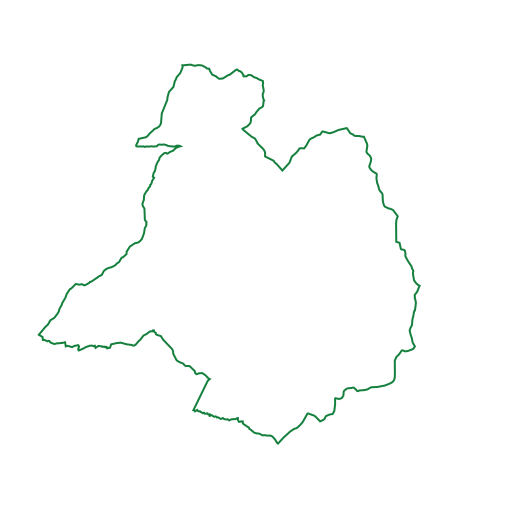 outline of Barghis, Sibiu, Romania, rotated 109°
{"feature_id": "2599482B31071590399697", "entity_name": "Barghis", "entity_type": "district", "adm_level": 2, "iso_a3": "ROU", "parent_name": "Romania", "parent_adm1": "Sibiu", "projection": "equal_earth", "projection_center": [24.511, 46.014], "detail": "fine", "context": "isolated", "style": "outline", "palette": "green", "viewbox_px": 512, "rotation_deg": 109, "n_neighbors": 0, "source": "geoboundaries", "source_scale": "gbopen_adm2", "svg_char_len": 6090}
<svg xmlns="http://www.w3.org/2000/svg" viewBox="0 0 512 512"><g transform="rotate(109 256 256)"><path d="M404.7,422.2L404.9,418.0L403.1,415.3L402.9,414.3L401.4,411.5L401.5,411.1L399.7,408.5L403.4,406.4L402.3,405.0L402.0,400.3L399.9,398.1L398.2,395.0L399.1,393.9L400.6,393.7L401.4,393.9L402.7,393.4L403.0,392.7L399.0,388.4L397.7,387.5L394.9,383.8L394.1,382.0L394.2,380.4L393.3,379.2L395.1,377.8L392.3,375.7L391.6,371.8L391.9,371.6L391.1,370.0L391.3,369.6L390.8,368.4L391.3,368.3L390.9,366.9L391.7,366.6L391.3,365.8L390.2,364.2L386.7,364.2L384.0,359.9L382.0,355.8L381.6,349.5L380.5,344.3L380.8,343.6L380.5,342.3L379.0,340.9L374.8,339.3L372.9,338.2L367.9,336.5L365.4,334.1L361.6,331.5L361.1,329.6L359.8,329.2L359.6,328.3L360.5,327.9L361.2,326.5L361.2,325.9L362.4,325.2L362.8,324.4L362.7,319.9L365.4,316.5L371.3,305.0L372.9,303.5L375.4,302.4L380.2,297.4L380.6,296.7L381.2,294.2L381.5,289.6L382.4,288.3L382.9,286.6L381.8,283.5L381.8,282.8L384.7,276.5L386.7,275.1L387.1,273.6L385.6,271.9L384.2,268.8L385.3,264.7L387.5,260.6L387.5,259.7L389.7,261.0L422.2,265.0L422.0,263.8L422.7,263.1L420.7,261.4L421.4,260.7L421.5,259.5L421.0,258.5L421.6,257.8L421.5,256.7L422.0,255.1L421.1,254.3L421.8,253.2L421.2,251.6L420.7,251.2L420.6,250.6L421.3,249.9L421.1,248.8L420.8,248.3L422.2,248.0L422.2,247.4L421.2,246.9L420.9,246.1L421.7,243.3L420.8,242.0L420.9,241.1L421.4,240.3L420.9,239.2L421.5,236.1L420.0,234.6L420.6,233.0L420.1,230.5L419.6,229.6L420.2,227.9L418.7,226.4L417.9,225.0L416.9,222.2L415.5,221.1L415.2,220.3L416.7,219.9L418.3,218.3L418.2,217.5L417.0,215.9L417.2,215.1L416.8,214.7L417.5,214.2L418.3,214.1L418.8,213.4L419.6,211.2L419.6,210.1L420.3,208.6L420.3,207.3L421.7,205.8L422.0,204.3L423.6,200.2L423.6,198.5L422.9,194.8L423.5,191.4L422.7,189.9L422.1,186.7L421.2,184.1L421.1,182.8L421.5,181.4L423.1,178.5L426.0,175.0L426.2,174.1L418.8,170.9L410.8,166.5L407.1,163.7L405.9,162.0L404.6,160.9L401.4,159.2L397.8,157.8L388.3,156.0L387.9,155.6L388.0,149.1L388.4,147.6L391.5,141.5L388.7,138.7L387.6,138.1L385.0,137.9L384.4,137.5L381.7,134.5L380.5,132.1L377.1,131.5L370.5,132.9L365.4,134.7L364.6,134.6L364.2,131.2L363.3,129.6L362.4,128.7L359.7,127.9L355.7,128.9L354.6,128.7L352.3,127.3L351.1,126.0L349.9,123.1L348.8,121.4L348.6,120.7L350.0,117.4L350.6,116.9L350.6,115.6L349.4,114.3L347.2,109.2L345.6,107.0L342.7,104.5L340.4,98.8L336.6,92.1L333.4,88.3L331.5,86.5L330.1,85.6L328.4,85.1L326.3,85.1L321.6,86.5L309.8,90.7L305.8,90.4L302.1,88.6L298.4,87.6L297.8,87.2L297.4,86.6L297.7,84.1L296.4,81.5L292.7,77.1L289.8,76.3L286.7,79.8L282.8,82.0L279.6,84.5L276.4,86.5L273.4,86.5L270.7,86.0L264.8,87.5L261.5,87.7L257.7,88.4L256.3,88.4L255.9,88.0L253.6,88.4L248.4,89.5L245.9,90.8L244.0,92.3L243.0,92.4L241.2,93.3L237.5,92.0L230.9,91.6L230.6,93.3L229.7,95.6L227.6,98.6L222.9,101.2L220.6,102.2L218.9,102.4L216.9,104.4L215.1,105.7L211.2,110.8L207.9,114.4L207.1,114.9L205.0,115.5L202.7,116.8L202.0,117.8L202.4,120.8L202.2,121.3L196.8,124.6L196.9,128.0L179.4,134.2L176.1,135.0L172.3,134.9L167.9,141.4L167.6,144.5L167.9,145.9L167.4,150.0L167.2,150.6L165.9,151.9L163.1,153.8L156.6,156.4L155.7,157.2L153.8,160.3L152.6,161.5L149.9,163.2L147.4,165.3L143.2,167.5L139.3,168.4L138.9,169.0L138.1,172.9L137.2,175.1L135.5,177.4L134.4,178.1L129.2,178.2L126.8,178.6L125.0,180.0L124.0,181.2L123.0,183.7L121.9,185.2L121.3,185.6L115.5,186.6L113.7,187.6L108.1,192.8L108.7,194.7L108.9,197.2L110.3,201.8L109.5,204.2L109.3,206.7L105.5,211.8L109.9,218.9L114.0,223.4L116.0,226.3L116.5,233.4L116.7,233.8L120.3,234.9L122.3,237.9L124.9,239.9L127.6,242.7L129.2,243.4L135.2,244.4L138.6,245.5L139.6,249.0L140.3,250.0L142.7,250.5L146.1,252.0L150.3,254.5L156.9,254.7L166.6,258.9L162.7,265.7L161.3,269.0L160.2,270.3L158.9,279.8L155.5,281.0L153.8,282.2L152.2,284.5L149.0,291.3L148.4,291.6L145.3,295.2L144.6,299.1L140.7,309.5L140.1,310.2L136.1,306.4L133.9,305.3L132.0,304.6L129.8,304.8L126.9,305.7L126.0,305.5L122.4,303.1L119.8,302.5L115.5,300.8L113.1,298.6L111.7,298.2L107.1,299.2L106.3,298.9L105.9,299.6L102.8,301.6L100.6,302.4L99.0,302.2L96.9,302.6L92.4,305.2L90.4,305.5L88.3,306.5L88.0,311.6L87.5,313.0L87.6,316.1L86.6,319.2L87.0,321.4L87.4,322.2L89.2,323.5L90.2,326.2L90.0,326.4L89.7,326.2L88.8,327.1L87.0,329.4L86.4,331.6L86.7,332.2L85.8,334.4L86.5,335.5L93.3,340.0L93.8,341.0L98.9,345.1L100.4,348.3L100.3,349.3L99.1,352.5L98.8,356.4L95.8,360.0L94.2,361.2L94.7,363.4L94.1,364.7L93.4,369.1L94.2,372.5L96.2,376.1L96.4,380.4L99.2,386.5L99.6,387.7L101.6,386.8L105.4,387.0L107.8,387.2L112.7,389.2L115.5,389.3L116.9,389.7L122.9,389.1L129.3,391.7L135.1,391.3L137.2,390.7L151.8,391.5L161.2,389.1L163.6,389.2L165.3,389.9L167.2,391.3L168.8,393.2L174.6,396.3L178.1,397.7L179.6,398.8L183.4,405.0L186.7,404.9L190.2,405.4L191.1,405.0L191.2,404.0L190.2,401.5L189.5,399.0L189.0,398.3L189.1,396.7L187.9,395.0L187.7,393.6L186.3,390.6L186.0,388.9L184.6,385.6L182.8,384.7L182.0,383.6L181.5,381.3L180.6,379.7L180.3,376.9L180.6,375.1L180.0,372.1L179.1,368.7L177.5,366.9L177.0,365.5L176.7,364.3L176.8,363.1L178.8,365.8L180.7,367.3L183.3,368.6L185.8,371.4L188.0,372.9L188.1,373.9L187.8,374.6L188.5,376.1L191.4,377.9L194.5,379.2L196.6,378.9L199.0,379.6L204.1,380.0L205.5,379.5L208.9,379.3L210.7,379.8L214.0,379.5L214.6,379.4L215.2,377.8L218.4,378.6L222.1,378.5L223.3,379.2L224.5,378.8L227.0,379.8L228.0,379.7L231.4,380.9L235.0,381.5L239.5,380.3L243.3,380.4L245.3,379.6L247.5,376.9L257.7,373.0L258.5,372.3L259.4,370.6L259.8,370.5L261.4,370.3L261.7,369.9L262.9,369.7L265.9,370.2L270.9,369.3L277.0,369.4L279.5,370.4L281.6,371.8L283.4,374.7L288.1,378.3L293.9,379.7L296.4,379.1L300.6,381.4L300.9,382.1L301.6,382.6L306.3,383.5L308.4,385.1L310.6,386.1L312.2,387.5L313.7,389.1L315.6,391.9L317.4,393.6L319.7,395.0L324.3,395.7L325.8,397.4L332.6,402.4L334.2,403.8L334.6,404.6L335.8,405.0L338.6,407.5L339.6,408.6L339.4,411.6L340.7,413.9L341.1,417.3L345.1,419.2L347.4,420.5L348.0,421.2L353.6,422.6L357.3,422.6L363.8,423.9L365.8,423.8L369.6,424.6L372.6,424.4L375.6,425.0L380.2,426.6L383.7,429.5L388.5,430.4L391.7,432.1L401.2,435.7L402.1,431.4L404.8,430.2L404.8,429.8L404.2,428.8L404.6,425.5L403.7,424.4L403.6,423.8L404.7,422.2Z" fill="none" stroke="#15803d" stroke-width="2"/></g></svg>